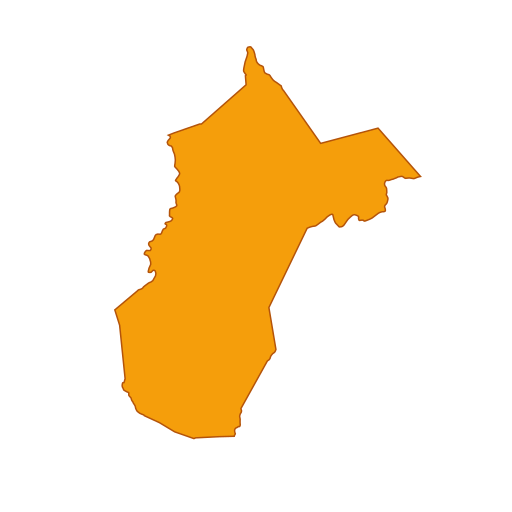 outline of Nueva Armenia, Francisco Morazán, Honduras, rotated 201°
{"feature_id": "27666195B91464863052261", "entity_name": "Nueva Armenia", "entity_type": "district", "adm_level": 2, "iso_a3": "HND", "parent_name": "Honduras", "parent_adm1": "Francisco Morazán", "projection": "robinson", "projection_center": [-87.179, 13.75], "detail": "fine", "context": "isolated", "style": "filled", "palette": "amber", "viewbox_px": 512, "rotation_deg": 201, "n_neighbors": 0, "source": "geoboundaries", "source_scale": "gbopen_adm2", "svg_char_len": 6066}
<svg xmlns="http://www.w3.org/2000/svg" viewBox="0 0 512 512"><g transform="rotate(201 256 256)"><path d="M187.9,419.1L236.0,384.3L289.7,420.4L290.4,420.7L291.1,421.2L291.8,421.8L292.9,423.1L293.4,423.8L293.6,423.9L293.8,424.0L294.5,424.1L298.9,425.3L301.0,425.7L302.2,426.1L303.4,426.6L304.4,427.2L306.1,428.3L307.5,429.4L308.3,429.8L308.7,429.9L309.2,429.9L310.4,429.8L311.2,429.8L312.4,430.0L313.4,430.2L313.9,430.6L314.5,431.3L315.1,432.1L316.6,434.5L317.0,435.0L317.3,435.3L317.6,435.4L318.5,435.5L319.2,435.6L320.4,435.5L321.3,435.7L322.6,436.1L323.2,436.4L323.9,436.8L324.9,437.5L325.6,438.3L326.4,439.7L327.6,441.0L328.0,441.6L328.5,442.3L329.2,443.6L330.0,444.7L331.1,446.1L332.1,447.2L332.6,447.6L333.9,448.3L335.5,449.2L335.7,449.3L336.0,449.3L336.7,449.1L337.2,448.8L337.7,448.5L338.6,447.7L338.6,447.3L338.7,446.0L338.6,445.3L338.4,444.9L338.2,444.7L337.6,444.1L336.8,443.2L336.5,442.7L336.3,441.8L336.2,441.3L336.2,440.7L336.0,439.9L335.9,438.6L335.7,433.3L334.7,427.2L334.3,425.5L334.1,424.8L333.9,424.5L333.8,424.2L333.3,423.7L332.0,422.7L331.1,422.1L330.4,421.8L330.2,421.6L330.1,421.3L330.2,421.0L330.3,420.8L330.5,420.5L326.6,412.3L354.2,359.7L355.8,359.1L376.3,341.8L381.1,337.4L379.2,337.1L378.5,336.3L378.4,335.2L378.9,333.8L379.3,332.8L379.6,331.4L379.6,330.3L378.4,328.8L377.4,328.3L376.0,328.1L374.5,328.3L372.8,327.2L371.6,325.2L370.6,324.0L368.7,322.0L367.0,319.3L365.7,316.7L364.8,313.6L364.5,312.1L364.1,310.6L363.2,309.9L361.6,309.2L359.8,308.2L358.3,307.3L356.9,305.9L356.7,304.7L357.1,302.2L357.6,300.8L358.2,298.1L358.2,297.7L357.7,297.3L356.5,297.1L354.8,296.2L353.3,294.9L352.3,293.6L351.1,291.2L350.6,289.9L350.5,288.3L351.3,286.9L352.1,285.6L352.8,283.9L352.9,282.9L351.1,280.2L350.4,278.9L349.9,277.3L349.2,276.3L348.2,275.2L348.0,274.5L348.7,273.1L350.0,271.8L351.3,270.6L352.5,269.9L353.2,268.8L352.8,267.1L352.1,265.0L352.0,264.9L351.4,263.2L351.2,262.5L350.2,262.0L349.3,261.9L348.0,261.7L347.3,261.3L347.2,260.0L347.9,258.3L348.8,257.4L350.2,256.3L351.1,255.7L352.2,254.9L352.5,253.8L352.1,253.3L351.3,253.3L350.8,253.2L350.2,252.3L350.2,250.9L350.4,249.5L351.2,248.8L352.1,247.9L352.4,246.1L352.4,244.9L352.4,243.6L352.7,242.6L353.0,242.0L354.2,241.7L355.7,241.2L355.9,240.9L356.8,240.4L357.4,239.1L357.5,235.4L357.6,234.4L358.3,232.9L359.4,231.9L360.3,231.2L360.7,230.2L360.6,228.8L359.7,227.6L356.9,225.9L356.4,224.9L356.6,223.3L357.7,222.8L359.1,222.3L359.9,222.2L360.6,221.3L361.0,220.1L361.2,218.7L361.0,217.8L359.9,217.4L358.3,217.6L356.7,217.3L354.3,215.4L353.3,214.0L352.2,212.6L351.3,210.5L351.5,206.3L351.1,203.0L350.6,202.3L350.0,202.4L349.0,202.7L348.1,203.2L347.0,205.7L346.7,205.9L345.6,206.2L344.6,205.8L343.2,203.8L342.7,201.4L342.9,200.2L343.2,198.2L343.5,196.0L344.9,193.9L346.1,192.9L347.0,191.7L347.6,190.7L349.0,188.5L350.0,186.7L350.2,185.7L350.9,184.5L352.3,183.2L353.1,182.7L353.8,181.9L354.3,180.8L368.5,155.1L358.5,142.5L334.1,94.3L334.2,93.9L334.1,93.0L333.9,91.4L333.9,90.5L334.3,90.4L334.7,90.1L335.0,89.8L335.0,89.3L334.9,88.5L334.6,87.3L334.3,86.6L333.9,86.0L333.7,85.7L333.1,85.2L332.3,84.5L331.8,83.8L331.4,83.5L330.6,83.3L327.9,82.9L326.6,82.9L326.1,82.8L325.8,82.7L325.6,82.4L325.4,81.7L325.1,81.0L324.9,80.5L324.7,80.3L324.0,79.8L322.4,79.0L321.6,78.5L321.4,78.2L320.9,77.4L320.1,76.6L319.9,76.4L319.0,75.9L318.6,75.6L318.0,74.9L315.3,72.9L314.6,72.0L313.7,70.6L313.4,70.3L312.0,69.0L311.3,68.5L309.9,68.0L308.8,67.7L308.0,67.5L305.9,67.4L304.5,67.4L303.8,67.4L303.5,67.2L303.1,66.9L286.4,65.8L268.9,62.7L248.5,63.3L247.2,64.6L225.7,74.1L211.7,79.9L211.8,80.7L211.6,82.2L211.7,82.8L212.3,83.4L212.9,84.3L213.4,85.3L213.6,86.0L213.6,86.9L213.4,87.7L212.9,88.5L212.3,89.0L211.3,90.5L211.0,90.5L210.7,90.6L210.4,90.8L210.2,91.0L210.1,91.5L210.1,92.0L210.2,92.7L211.1,94.6L211.8,96.4L212.3,97.9L213.0,99.1L213.6,100.0L213.8,100.5L214.0,101.3L214.1,102.5L214.1,103.1L213.8,104.5L213.8,105.3L213.9,105.7L214.0,106.2L214.3,106.7L215.1,107.7L215.4,108.2L207.8,162.0L207.2,163.0L206.6,163.8L206.2,165.3L206.3,166.5L206.3,168.0L205.9,169.5L205.4,170.9L204.6,172.0L204.1,173.0L203.9,174.1L203.9,175.9L225.5,212.5L218.2,300.2L216.7,301.7L215.5,302.7L214.0,303.8L212.6,304.6L211.8,305.0L211.2,305.5L210.8,305.9L209.6,307.7L208.0,310.3L207.5,311.0L206.5,312.2L206.0,313.0L204.7,315.4L203.8,317.6L203.3,318.5L202.4,319.8L201.6,320.9L200.9,321.6L200.4,322.0L200.0,322.2L199.7,322.3L199.3,322.2L199.1,322.1L196.3,318.0L194.7,316.3L193.8,315.5L193.4,315.2L189.0,313.1L188.7,313.0L187.5,313.5L186.5,314.1L185.8,314.8L185.4,315.5L185.1,316.1L184.9,316.6L183.8,321.2L183.4,322.7L183.2,323.3L182.0,325.9L181.0,327.8L180.3,328.8L179.9,329.2L179.5,329.5L179.0,329.8L178.6,329.9L178.1,330.0L177.5,330.0L176.0,330.0L175.3,329.9L174.7,329.7L174.3,329.4L174.1,329.1L174.0,328.8L174.0,328.4L173.9,328.2L173.5,327.4L173.1,326.9L172.9,326.6L172.6,326.4L172.4,326.3L172.1,326.3L171.6,326.5L171.0,327.0L170.5,327.2L169.2,327.7L168.8,327.8L168.5,327.8L168.3,327.7L167.9,327.5L167.7,327.4L167.3,327.5L166.9,327.6L166.3,328.1L165.6,328.7L163.0,331.1L162.0,332.2L161.2,333.1L157.5,339.1L157.2,339.6L156.8,340.1L155.7,341.3L154.5,342.2L153.9,342.6L152.7,343.1L152.1,343.5L151.6,344.0L151.5,344.4L151.5,344.7L151.6,345.0L151.9,345.7L152.6,346.8L153.5,347.8L153.6,348.2L153.7,348.6L153.8,349.1L153.6,349.9L153.5,350.2L153.2,350.8L153.1,351.2L152.9,351.8L152.8,352.3L152.8,353.6L153.0,355.0L153.1,355.8L153.3,356.6L153.6,357.3L154.0,357.8L155.3,359.0L156.1,359.6L156.3,359.8L156.5,360.8L156.6,362.0L156.7,362.3L157.6,364.4L158.4,366.0L158.8,366.4L159.4,366.9L160.4,367.5L160.8,367.8L161.3,368.3L161.6,368.9L161.8,369.3L162.0,369.8L162.1,371.0L162.0,371.9L161.9,372.3L161.7,372.8L161.4,373.2L161.0,373.5L160.5,373.7L159.9,373.8L159.6,373.9L158.5,374.6L156.9,376.0L155.4,377.0L154.4,378.0L152.8,379.4L152.5,379.8L152.0,380.4L151.7,380.7L149.1,382.3L148.4,382.6L147.8,382.7L146.6,382.5L145.2,382.1L144.7,382.1L144.3,382.1L143.7,382.4L142.1,383.2L140.9,383.8L139.6,384.1L137.1,384.6L136.4,384.8L136.1,385.0L135.8,385.2L133.8,387.1L132.3,388.3L130.9,389.2L187.9,419.1Z" fill="#f59e0b" stroke="#b45309" stroke-width="1.5"/></g></svg>